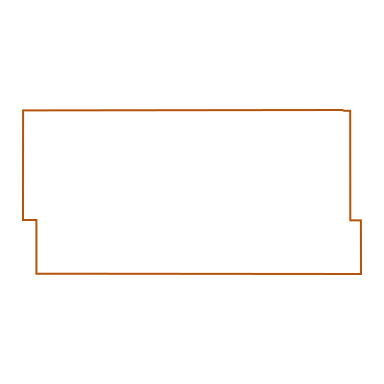 Eddy, North Dakota, United States of America
{"feature_id": "52423323B20862519958454", "entity_name": "Eddy", "entity_type": "district", "adm_level": 2, "iso_a3": "USA", "parent_name": "United States of America", "parent_adm1": "North Dakota", "projection": "mercator", "projection_center": [-98.866, 47.717], "detail": "fine", "context": "isolated", "style": "outline", "palette": "amber", "viewbox_px": 384, "rotation_deg": 0, "n_neighbors": 0, "source": "geoboundaries", "source_scale": "gbopen_adm2", "svg_char_len": 254}
<svg xmlns="http://www.w3.org/2000/svg" viewBox="0 0 384 384"><path d="M36.4,273.7L361.0,274.0L360.9,220.4L350.3,220.3L350.2,110.8L344.4,110.8L342.0,110.0L23.1,110.4L23.0,220.0L36.4,220.0L36.4,273.7Z" fill="none" stroke="#b45309" stroke-width="2"/></svg>